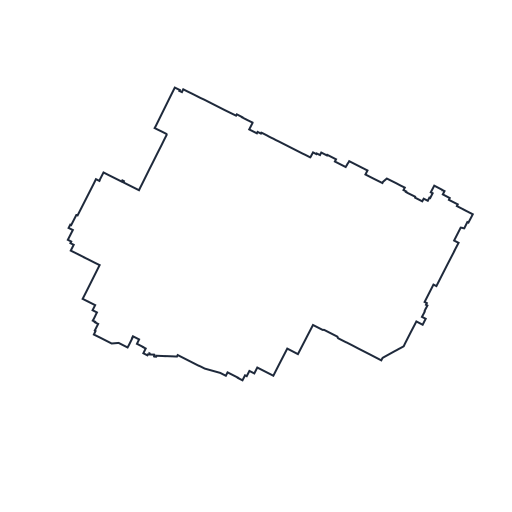 the district of Wongan-Ballidu, Western Australia, Australia, rotated 27°
{"feature_id": "25037944B4040834169290", "entity_name": "Wongan-Ballidu", "entity_type": "district", "adm_level": 2, "iso_a3": "AUS", "parent_name": "Australia", "parent_adm1": "Western Australia", "projection": "albers", "projection_center": [116.851, -30.731], "detail": "fine", "context": "isolated", "style": "outline", "palette": "slate", "viewbox_px": 512, "rotation_deg": 27, "n_neighbors": 0, "source": "geoboundaries", "source_scale": "gbopen_adm2", "svg_char_len": 4594}
<svg xmlns="http://www.w3.org/2000/svg" viewBox="0 0 512 512"><g transform="rotate(27 256 256)"><path d="M107.2,142.8L107.2,143.1L107.3,155.1L107.7,185.7L107.6,188.0L110.6,188.0L115.4,187.9L115.5,187.9L120.3,187.9L120.8,187.9L121.0,188.0L121.2,188.3L121.4,188.6L121.4,194.1L121.5,200.0L121.5,209.7L121.6,220.2L121.6,226.3L121.8,244.1L121.8,245.7L121.8,247.8L121.8,248.1L121.9,250.5L108.0,250.6L104.5,250.6L104.4,249.3L102.6,249.3L102.6,250.7L98.6,250.7L88.3,250.8L84.4,250.8L82.2,250.8L82.2,258.9L82.4,259.4L82.4,260.2L79.5,260.2L78.5,260.2L78.6,265.1L78.6,277.6L78.6,281.5L78.6,286.0L78.6,287.8L78.6,291.0L78.6,300.6L78.6,300.8L77.8,300.8L77.7,300.8L77.3,301.0L77.3,307.6L77.3,310.2L77.3,312.4L76.3,312.4L76.3,313.1L76.3,314.1L76.3,315.8L76.3,316.1L81.0,316.0L81.0,327.0L84.8,327.0L84.8,328.8L88.5,328.8L88.5,335.3L88.9,335.3L102.4,335.2L103.6,335.2L103.6,335.3L107.5,335.2L111.6,335.2L115.2,335.2L120.8,335.1L121.0,365.3L121.0,372.9L135.0,372.8L135.0,378.5L139.9,378.5L139.9,380.0L140.0,383.4L140.0,384.4L140.0,384.7L140.0,385.4L140.0,386.3L139.9,387.3L139.9,387.7L142.5,387.6L142.5,388.2L146.2,388.2L146.2,391.9L146.2,392.6L146.2,395.6L147.1,395.7L147.2,399.6L153.9,399.5L154.0,399.5L161.9,399.5L167.1,399.5L173.1,395.8L177.0,395.8L183.1,395.8L183.2,392.6L183.1,385.2L182.8,385.2L182.8,383.4L189.7,383.4L189.8,388.3L196.7,388.3L196.7,388.5L199.7,388.5L199.8,393.8L204.3,393.8L204.3,392.8L205.8,392.1L205.3,391.1L205.5,391.1L206.0,392.0L208.0,391.1L208.5,390.9L209.9,390.1L210.1,390.1L210.8,391.8L211.0,391.8L211.3,391.7L211.8,391.5L212.3,391.2L212.8,391.0L212.8,390.9L212.5,390.1L218.0,387.6L220.5,386.5L220.5,386.4L221.7,385.9L221.8,385.8L227.2,383.3L231.2,381.5L231.2,379.8L235.0,379.8L238.8,379.8L239.0,379.8L244.2,379.8L250.9,379.8L254.8,379.8L254.9,379.7L257.0,379.6L261.4,379.6L277.2,376.4L282.2,376.4L283.5,376.4L283.5,372.6L292.3,372.6L295.3,372.6L295.3,372.9L300.4,372.9L300.4,367.3L302.3,367.3L302.3,361.4L306.6,361.4L307.8,361.4L307.8,354.8L316.3,354.8L325.8,354.8L325.8,349.0L325.8,341.8L325.9,324.3L337.9,324.4L338.0,307.0L338.0,306.8L338.0,304.8L338.1,291.6L339.4,291.6L347.3,291.6L348.5,291.6L348.9,291.6L349.1,291.5L349.4,291.4L349.6,291.2L349.8,291.1L350.0,291.0L350.3,290.9L350.5,290.9L355.3,290.9L364.5,290.9L364.9,290.9L365.1,290.9L365.3,291.0L365.6,291.3L365.8,291.6L366.0,291.7L366.1,291.8L366.4,291.9L366.6,291.9L366.7,292.0L375.4,292.0L375.8,291.9L382.5,291.9L388.9,292.0L397.8,292.0L400.3,292.0L402.5,292.0L415.0,292.1L415.0,289.7L415.1,289.4L415.2,289.2L415.3,288.9L422.8,277.8L424.3,275.7L425.4,274.0L426.5,272.5L426.9,271.9L428.6,269.4L428.5,266.5L428.5,265.0L428.5,253.5L428.6,244.4L428.6,241.5L435.7,241.6L435.7,234.9L433.6,234.9L432.9,234.9L431.5,234.9L431.6,229.7L431.6,229.3L431.6,229.2L431.6,228.9L431.5,228.7L431.4,228.6L431.2,228.5L431.2,228.4L431.1,225.8L431.2,225.7L431.2,222.3L429.6,222.3L429.6,220.4L427.1,220.4L427.1,209.2L427.1,200.9L430.4,200.9L430.4,176.5L430.5,162.8L430.5,162.7L430.5,161.5L430.4,161.5L430.5,152.3L425.5,152.3L425.5,152.2L425.5,137.8L426.6,137.4L427.0,137.3L428.5,137.0L429.0,136.8L429.0,136.6L428.9,129.8L429.1,129.8L430.1,129.8L430.2,123.3L430.2,120.4L422.8,120.4L412.3,120.3L412.3,118.4L402.4,118.4L402.3,116.4L394.5,116.3L394.5,112.6L392.6,112.6L392.4,112.6L392.2,112.8L392.1,112.7L391.7,112.5L382.9,112.4L382.8,119.9L384.9,119.9L384.9,125.3L384.0,125.3L384.0,128.8L383.9,128.8L379.4,128.8L379.3,131.8L371.3,131.8L370.9,130.9L370.7,130.9L362.7,131.0L360.5,130.9L360.5,130.3L357.5,130.3L357.5,127.5L352.7,127.6L347.9,127.5L337.4,127.6L335.5,132.2L335.5,133.6L325.8,133.7L323.2,133.7L316.5,133.7L316.5,129.2L306.3,129.2L296.0,129.2L296.0,129.5L296.0,130.0L295.9,130.9L295.8,131.6L295.7,132.4L295.7,133.2L295.7,133.8L295.6,134.7L295.5,135.5L295.5,136.0L283.4,136.0L283.4,133.5L278.8,133.5L273.6,133.5L273.6,134.2L267.2,134.2L267.2,137.0L263.5,137.1L263.5,137.8L259.8,137.8L259.8,138.0L259.7,140.3L259.7,142.5L259.7,142.8L259.6,143.1L259.5,143.5L256.8,143.5L253.6,143.5L250.9,143.6L250.3,143.6L248.0,143.6L245.3,143.6L244.1,143.6L242.2,143.6L239.0,143.6L235.7,143.6L232.8,143.6L229.8,143.6L226.7,143.6L223.9,143.6L221.0,143.7L218.3,143.6L216.0,143.7L213.3,143.7L213.1,143.7L211.0,143.6L206.7,143.6L206.2,143.6L204.8,143.7L204.8,144.7L201.1,144.7L201.1,146.3L198.1,146.3L196.6,146.3L192.5,146.3L192.5,143.5L192.5,143.2L192.5,138.9L192.4,138.7L186.7,138.8L180.7,138.8L180.7,138.5L174.6,138.5L174.5,140.0L167.8,140.1L161.6,140.2L156.5,140.2L154.3,140.2L146.9,140.2L138.6,140.2L134.9,140.4L125.3,140.4L120.1,140.5L115.5,140.5L115.6,143.6L112.8,143.7L112.8,142.7L107.2,142.8Z" fill="none" stroke="#1e293b" stroke-width="2"/></g></svg>